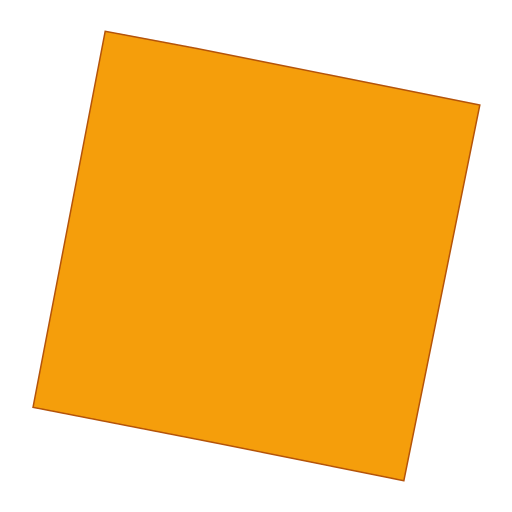 Carroll, Iowa, United States of America, rotated 191°
{"feature_id": "52423323B39741133504454", "entity_name": "Carroll", "entity_type": "district", "adm_level": 2, "iso_a3": "USA", "parent_name": "United States of America", "parent_adm1": "Iowa", "projection": "orthographic", "projection_center": [-94.81, 42.036], "detail": "fine", "context": "isolated", "style": "filled", "palette": "amber", "viewbox_px": 512, "rotation_deg": 191, "n_neighbors": 0, "source": "geoboundaries", "source_scale": "gbopen_adm2", "svg_char_len": 249}
<svg xmlns="http://www.w3.org/2000/svg" viewBox="0 0 512 512"><g transform="rotate(191 256 256)"><path d="M446.0,64.9L258.2,64.8L68.0,63.6L65.1,446.9L351.4,448.4L446.9,447.8L446.0,64.9Z" fill="#f59e0b" stroke="#b45309" stroke-width="1.5"/></g></svg>